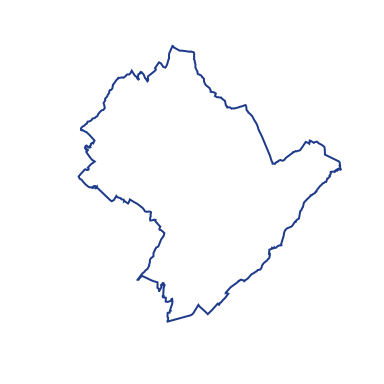 outline of Tamna, Mehedinti, Romania, rotated 294°
{"feature_id": "2599482B4127462983922", "entity_name": "Tamna", "entity_type": "district", "adm_level": 2, "iso_a3": "ROU", "parent_name": "Romania", "parent_adm1": "Mehedinti", "projection": "natural_earth1", "projection_center": [23.01, 44.562], "detail": "fine", "context": "isolated", "style": "outline", "palette": "blue", "viewbox_px": 384, "rotation_deg": 294, "n_neighbors": 0, "source": "geoboundaries", "source_scale": "gbopen_adm2", "svg_char_len": 5984}
<svg xmlns="http://www.w3.org/2000/svg" viewBox="0 0 384 384"><g transform="rotate(294 192 192)"><path d="M272.5,319.3L276.1,316.1L276.5,316.5L278.8,315.0L279.3,314.6L279.7,313.5L280.2,298.3L285.8,295.5L287.0,294.6L287.2,294.0L287.7,292.3L288.1,287.9L288.8,285.6L287.6,284.1L286.5,283.3L287.0,279.7L286.6,279.6L286.7,278.7L283.8,279.5L284.2,277.9L284.0,277.4L284.1,275.6L274.2,273.8L271.6,270.9L271.5,270.0L269.8,268.8L269.8,268.4L269.1,267.9L268.7,268.0L261.4,263.9L259.0,263.3L257.6,262.3L257.2,261.1L257.2,259.8L256.6,259.1L254.8,257.9L254.3,257.9L253.9,257.2L252.9,256.7L251.7,256.5L251.4,256.2L251.5,255.7L251.2,255.4L251.1,254.5L250.7,254.1L251.9,253.2L252.7,252.1L256.9,248.4L271.0,233.5L276.1,227.4L278.3,225.6L280.7,223.1L282.9,219.8L285.9,216.0L287.3,212.2L287.5,211.1L288.2,210.5L289.0,208.6L292.2,206.7L293.1,205.8L293.1,205.3L290.2,202.4L289.7,201.4L288.5,200.4L285.4,196.5L285.1,195.4L284.2,194.3L284.6,193.3L284.7,192.0L283.9,190.2L284.3,189.4L283.9,189.4L285.1,187.6L288.6,185.1L289.8,180.2L290.3,180.9L288.8,176.2L289.0,173.9L291.7,173.7L292.0,171.5L291.1,168.3L292.1,168.0L294.1,165.7L295.3,161.0L297.0,158.9L297.9,158.0L300.2,156.9L300.8,155.8L300.8,154.9L301.3,154.6L302.2,152.7L302.2,149.4L303.1,148.5L304.1,148.1L306.3,145.3L307.6,144.2L309.5,143.5L311.4,142.2L311.8,141.7L313.0,141.1L314.3,139.6L316.1,139.3L316.9,138.5L318.5,138.2L320.3,136.8L319.9,133.8L319.4,133.5L317.0,125.2L316.1,123.4L316.7,116.5L317.5,115.5L317.5,114.8L309.5,114.8L307.4,115.4L304.8,116.7L303.2,116.7L298.4,117.4L295.8,117.3L294.8,117.0L294.6,114.9L296.9,111.2L297.0,109.1L290.1,107.8L289.4,109.1L288.9,109.2L287.3,108.7L279.8,104.8L278.2,105.3L277.0,106.2L275.7,106.5L275.0,106.3L275.4,105.5L276.6,104.0L276.9,102.9L279.6,100.1L280.9,97.4L280.8,96.3L280.5,96.2L279.8,96.8L279.5,96.7L279.4,96.0L278.7,96.0L277.6,95.1L274.9,95.9L273.4,97.5L272.9,97.2L273.2,96.4L274.7,94.2L274.9,93.0L275.2,92.2L278.3,87.6L275.7,87.5L274.3,87.0L273.7,86.6L273.1,85.1L272.7,84.7L271.1,84.3L268.5,82.9L268.2,81.4L266.5,79.0L266.4,78.3L266.0,78.0L265.0,78.2L263.7,77.4L258.9,76.6L257.8,76.1L256.8,76.6L256.0,76.6L254.3,77.1L252.5,76.7L251.8,75.6L250.7,75.4L248.7,76.0L246.0,75.5L245.1,75.7L241.7,74.7L240.3,75.5L238.1,75.1L237.0,75.2L236.2,76.1L233.2,78.2L230.9,77.6L229.9,76.3L227.9,75.4L225.2,74.7L222.6,74.6L221.2,73.5L219.9,73.0L218.7,71.3L216.6,70.9L215.4,70.1L214.5,69.2L213.8,68.0L211.7,68.1L210.2,67.0L209.1,66.8L207.1,65.3L205.2,64.7L204.6,64.8L203.5,65.4L203.5,66.5L204.0,66.8L203.7,69.9L203.8,71.2L202.4,75.1L199.4,82.0L196.4,82.0L196.6,81.1L195.0,80.1L194.1,80.7L192.3,79.9L191.5,81.0L190.9,80.5L190.5,79.1L191.5,77.1L191.5,76.6L190.5,76.1L189.1,76.2L188.9,77.2L188.3,76.9L187.6,77.9L187.6,78.4L188.4,78.9L187.0,78.5L188.1,79.4L188.1,79.7L187.9,79.9L185.6,79.1L182.7,83.8L180.8,87.4L180.3,90.7L175.7,88.2L171.9,87.0L171.4,88.0L170.6,88.4L170.1,88.2L169.3,87.1L169.5,85.5L168.7,84.8L160.1,82.1L158.5,83.9L158.1,86.6L156.9,88.7L155.5,92.1L154.7,95.1L154.6,96.6L155.2,97.5L155.2,99.7L155.9,100.0L156.5,99.4L157.2,99.8L158.0,100.8L158.1,101.9L156.1,102.2L156.1,102.5L156.9,103.3L157.9,103.3L157.3,103.8L151.3,120.5L150.9,122.4L152.8,123.9L157.6,124.5L156.9,125.6L157.3,129.7L156.6,130.4L157.2,132.7L156.8,133.3L155.9,133.6L156.3,133.8L155.5,138.2L156.8,138.5L159.9,138.3L159.2,143.4L159.0,146.4L158.1,150.7L157.5,152.2L157.6,152.9L156.3,155.4L155.2,156.8L155.5,158.7L156.9,161.1L157.0,162.1L156.8,162.8L156.5,163.0L154.7,163.2L153.2,164.1L150.7,164.4L149.0,165.5L149.7,166.8L151.6,169.2L151.7,170.1L150.4,170.4L147.8,176.1L147.5,177.1L145.2,177.2L144.5,177.5L144.3,178.3L144.6,179.3L143.3,183.4L140.6,184.0L136.0,183.1L128.9,183.4L127.9,183.0L126.9,182.0L124.4,181.6L124.0,181.8L120.9,181.6L117.5,182.9L114.8,181.4L112.8,181.2L110.2,182.2L108.0,182.4L107.3,182.8L103.9,182.7L101.4,181.4L99.2,180.8L97.7,179.9L89.8,178.0L90.0,178.8L93.7,179.4L93.5,179.8L95.1,180.2L94.8,189.7L94.9,193.6L95.5,196.7L95.3,197.3L93.9,198.0L90.4,199.4L90.3,200.6L89.5,201.5L87.5,202.3L92.5,202.8L93.6,202.0L94.7,201.6L95.7,202.3L95.3,202.5L95.2,202.8L96.0,202.8L96.5,202.2L96.9,202.3L97.1,203.1L95.7,203.6L96.1,204.5L95.9,204.8L92.6,205.2L86.0,207.7L85.4,207.6L85.5,208.4L84.9,208.5L84.7,208.0L84.4,208.1L84.6,208.7L84.1,208.8L84.8,211.1L81.2,212.5L81.7,214.5L83.9,216.9L85.9,216.8L86.3,217.3L84.5,218.5L81.8,219.4L75.1,220.0L74.8,220.8L74.2,220.3L72.6,220.6L72.0,219.1L71.7,218.9L67.9,220.4L67.3,221.4L66.9,221.6L65.8,222.0L64.1,222.1L63.7,222.4L79.0,241.1L80.2,241.9L81.8,242.5L91.5,243.8L90.5,245.3L88.3,252.3L86.8,256.1L92.1,258.2L100.5,260.9L100.5,261.4L99.9,262.4L100.0,262.7L102.0,262.6L103.1,263.5L105.6,264.1L108.6,265.3L113.8,266.5L113.8,265.0L114.1,264.4L113.5,263.9L113.8,263.8L120.8,266.1L127.0,269.7L129.3,270.8L129.8,270.7L130.2,271.5L131.4,271.9L132.0,272.7L131.9,273.8L132.4,275.4L131.8,276.0L134.0,277.1L135.5,278.1L141.4,280.0L143.3,281.7L144.9,282.4L145.7,283.3L147.4,283.7L148.9,285.9L150.7,286.3L153.4,285.9L156.1,286.4L160.3,288.5L161.6,288.7L162.6,289.3L163.5,289.4L165.0,288.9L166.0,288.9L166.3,288.5L167.2,288.2L166.8,287.5L170.8,286.1L172.6,288.1L173.6,287.8L173.7,289.2L174.8,289.6L174.4,290.0L175.0,291.2L177.7,292.5L179.0,293.9L179.2,294.7L179.8,295.3L180.4,294.7L190.2,293.4L191.5,292.8L194.9,292.6L197.3,293.5L200.9,296.9L202.1,297.4L206.6,298.1L206.6,298.7L206.9,299.0L208.6,298.8L211.3,300.5L218.0,298.8L219.0,298.8L219.6,299.3L221.8,299.1L223.1,299.5L227.8,298.6L232.3,300.1L236.7,302.0L237.3,301.7L238.0,302.8L239.5,303.5L240.7,304.6L242.5,304.9L242.7,305.4L243.0,305.5L243.3,305.1L245.8,305.6L249.6,306.6L251.4,307.5L253.0,307.8L253.7,308.7L255.3,309.5L255.7,310.4L258.1,310.3L258.4,310.1L259.4,310.2L259.8,310.5L259.8,310.8L261.3,311.2L262.0,311.6L262.6,311.6L263.1,310.9L264.4,311.3L265.2,311.3L266.5,310.5L266.9,310.7L267.0,311.2L267.6,311.6L268.1,313.1L268.9,313.8L268.6,314.3L269.5,314.7L270.0,314.3L270.9,314.9L270.4,315.1L270.5,315.9L271.3,315.9L271.8,316.5L272.1,316.1L272.8,316.3L272.6,317.7L272.8,318.5L272.5,319.3Z" fill="none" stroke="#1e3a8a" stroke-width="2"/></g></svg>